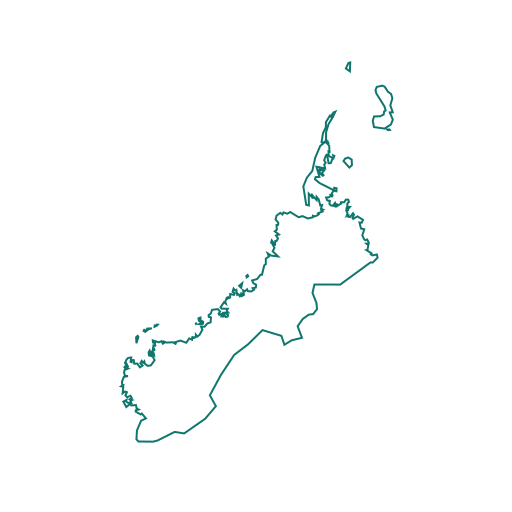 the district of Eastern Samar, Eastern Samar, Philippines, rotated 234°
{"feature_id": "2640588B94499067384006", "entity_name": "Eastern Samar", "entity_type": "district", "adm_level": 2, "iso_a3": "PHL", "parent_name": "Philippines", "parent_adm1": "Eastern Samar", "projection": "mercator", "projection_center": [125.55, 11.519], "detail": "fine", "context": "isolated", "style": "outline", "palette": "teal", "viewbox_px": 512, "rotation_deg": 234, "n_neighbors": 0, "source": "geoboundaries", "source_scale": "gbopen_adm2", "svg_char_len": 6096}
<svg xmlns="http://www.w3.org/2000/svg" viewBox="0 0 512 512"><g transform="rotate(234 256 256)"><path d="M201.9,68.1L200.8,67.2L195.6,69.6L195.7,71.0L189.3,71.5L190.3,66.2L184.8,57.1L177.9,51.5L175.0,51.9L166.3,63.6L164.6,67.9L161.5,86.8L154.7,93.6L154.2,119.2L158.1,135.3L170.4,136.8L180.4,157.7L188.8,180.2L189.2,197.5L192.2,217.7L176.5,229.6L167.5,226.8L166.8,235.4L162.8,245.1L174.7,248.4L177.6,256.9L177.5,264.3L175.4,268.0L177.2,274.2L182.5,277.3L192.9,280.0L198.6,286.5L183.4,307.3L183.5,344.8L182.1,346.6L183.2,353.4L186.1,354.7L188.3,350.3L190.0,349.9L190.3,351.0L195.9,348.8L195.5,349.9L198.8,353.3L201.1,352.6L199.9,354.6L200.8,355.2L204.1,355.6L204.4,353.9L205.7,353.3L210.2,354.1L214.0,359.3L216.5,357.1L222.3,359.4L220.8,361.1L222.3,363.8L228.4,361.4L228.9,356.5L230.1,356.4L231.9,359.6L233.6,359.6L232.2,355.0L233.3,353.8L234.6,354.8L234.9,354.4L235.1,352.9L236.7,355.1L239.7,355.8L238.9,357.4L239.8,358.0L242.0,356.7L240.0,358.8L240.5,360.8L242.3,358.7L244.9,361.0L245.0,362.9L247.3,363.8L248.8,361.9L247.7,359.0L249.5,356.3L248.4,355.8L248.8,350.8L249.3,351.2L249.3,349.4L250.5,348.6L250.0,352.5L250.9,350.8L252.5,351.2L251.5,347.7L252.9,346.3L255.1,346.1L257.9,348.7L257.4,347.6L259.4,346.3L262.1,347.1L260.6,349.5L260.9,351.6L258.8,352.8L261.4,352.5L260.7,353.7L261.9,353.8L263.5,357.6L277.6,350.3L283.4,348.8L284.8,350.6L282.7,353.8L292.7,357.4L286.2,363.4L289.8,364.9L290.5,367.1L293.4,367.4L296.3,371.8L295.5,374.5L298.1,376.2L297.2,376.8L302.2,380.0L305.6,379.7L305.7,380.9L303.8,380.7L306.3,381.2L305.7,380.2L307.6,378.7L307.3,372.6L300.7,361.7L291.7,351.5L289.5,343.3L284.5,335.2L267.9,326.7L265.8,328.5L275.4,335.3L271.9,335.7L272.7,336.1L272.9,337.3L269.7,337.4L270.8,336.7L269.9,336.0L268.5,337.6L265.7,337.9L268.2,339.8L264.9,340.0L259.1,337.7L258.4,339.4L256.1,336.4L254.1,337.5L254.5,335.8L252.9,336.0L254.1,331.3L252.9,331.4L252.8,329.7L253.5,326.8L255.1,325.7L253.9,324.7L255.9,320.0L260.9,317.1L262.3,313.3L271.5,309.5L271.8,306.2L275.1,303.9L274.0,301.8L276.6,301.0L276.6,296.4L274.1,293.3L269.9,293.6L268.2,292.2L269.0,290.8L265.1,288.4L264.9,285.7L259.9,287.2L260.8,284.2L257.4,284.2L256.1,281.7L256.8,280.4L253.9,278.0L255.2,276.2L251.7,275.7L250.1,272.3L242.7,273.6L247.4,268.5L251.3,267.0L248.0,266.2L248.1,262.4L243.6,259.1L243.6,257.2L237.3,249.8L238.2,248.6L236.7,243.3L238.5,238.5L235.5,237.9L232.7,239.2L230.6,237.3L231.9,234.4L229.9,234.6L230.1,231.3L232.3,228.8L234.3,229.2L234.0,226.4L235.8,225.4L232.7,224.0L233.8,222.6L231.7,222.9L232.0,220.8L233.9,221.3L233.0,219.3L235.3,219.4L235.6,218.0L240.2,220.2L240.5,218.8L242.8,218.7L240.8,216.0L238.3,217.0L237.5,215.3L240.4,212.8L237.6,210.6L238.2,208.1L239.2,208.9L239.4,207.9L237.1,204.2L235.2,203.6L237.4,202.9L235.3,197.1L233.6,197.2L229.9,202.2L229.1,200.4L227.6,199.7L226.8,200.4L226.6,200.4L228.5,197.4L224.8,198.8L223.7,197.7L224.4,195.7L227.1,195.7L226.1,194.2L227.4,192.5L229.2,195.2L229.9,191.7L231.3,191.9L232.2,194.3L235.5,193.9L238.3,188.8L236.0,185.5L236.1,183.0L234.5,182.0L233.0,183.5L232.8,183.5L229.0,180.3L230.0,176.8L229.0,172.8L231.0,170.0L227.9,169.3L225.4,164.0L225.3,161.2L227.6,161.1L226.3,160.2L226.3,159.4L225.8,159.2L226.3,157.3L227.2,157.4L227.6,157.2L227.8,156.7L225.9,155.0L228.6,153.5L226.8,148.6L232.0,145.1L234.0,139.3L231.4,139.6L235.1,138.0L238.6,132.7L241.3,131.0L241.6,129.7L239.7,130.5L239.8,129.1L242.6,129.5L243.3,126.6L248.4,122.9L246.6,121.8L244.9,123.1L243.3,121.7L242.0,122.3L244.0,120.5L241.3,117.9L240.9,119.1L239.6,118.5L239.9,115.5L237.5,116.1L235.8,115.3L237.6,114.9L237.2,113.9L237.6,113.7L239.2,114.4L239.0,113.4L242.0,114.4L241.2,112.5L238.5,111.0L235.3,113.4L231.3,112.7L229.3,106.6L230.8,103.8L234.3,102.7L236.4,103.7L236.0,101.9L238.3,101.9L237.2,99.4L234.0,99.8L234.2,96.6L238.7,96.8L240.4,94.2L243.7,95.9L244.8,94.0L243.2,93.0L244.1,92.3L247.2,95.4L248.7,92.7L248.3,90.3L246.5,87.2L243.9,86.9L243.4,84.2L241.8,84.2L242.9,85.5L242.0,86.2L243.8,87.7L241.9,87.4L241.4,85.4L240.2,86.3L241.0,82.7L239.4,80.8L236.3,79.6L234.1,81.8L235.9,78.0L233.1,73.7L230.5,72.1L230.2,72.1L230.1,72.6L229.7,72.8L229.8,70.3L228.1,71.7L223.3,67.4L223.3,70.5L221.7,71.5L220.0,68.4L217.5,68.7L216.7,72.3L214.0,72.0L214.3,69.8L212.3,71.1L212.6,69.3L210.3,68.7L212.8,66.0L214.8,65.4L215.7,66.5L216.2,63.1L210.0,62.3L210.4,66.6L208.4,67.3L206.0,71.2L202.8,69.9L200.8,70.8L201.9,68.1ZM291.9,451.1L298.9,453.2L303.5,459.1L307.7,460.5L311.3,459.3L317.4,459.6L319.6,458.3L321.8,453.1L320.0,450.2L316.7,448.9L301.2,447.8L297.5,446.4L297.6,444.6L295.4,442.4L296.1,438.5L299.5,433.5L296.8,430.0L291.0,427.2L283.5,434.9L283.1,442.4L285.8,446.8L293.5,448.6L291.9,451.1ZM309.5,375.9L308.1,376.7L308.1,380.4L314.8,385.3L320.0,392.1L322.9,399.0L324.5,398.5L325.5,399.0L326.2,398.5L323.2,391.2L319.2,388.3L316.0,382.4L309.5,375.9ZM281.4,382.6L272.7,383.5L273.1,387.0L277.8,390.1L281.5,388.5L282.4,385.5L281.4,382.6ZM288.4,369.2L287.2,371.1L290.2,375.7L295.8,372.9L288.4,369.2ZM357.8,444.3L354.9,438.9L350.2,440.5L357.2,446.0L357.8,444.3ZM287.4,356.3L284.0,356.7L285.2,361.5L287.1,360.4L287.1,358.7L289.4,359.2L287.4,356.3ZM237.1,171.7L235.1,173.1L232.9,172.4L232.4,173.4L233.9,174.6L236.5,173.3L238.9,174.9L239.4,172.8L237.1,171.7ZM259.7,120.9L259.9,126.1L258.7,129.2L261.2,125.4L259.7,120.9ZM262.9,357.5L261.1,359.1L263.4,361.0L265.2,359.4L262.9,357.5ZM260.7,111.2L255.7,108.0L259.7,113.3L261.0,113.3L260.7,111.2ZM241.8,224.8L239.0,225.3L242.1,228.8L241.8,224.8ZM325.4,400.6L324.1,401.2L326.1,405.0L326.6,403.1L325.4,400.6ZM257.9,276.1L256.2,277.9L259.3,277.9L257.9,276.1ZM244.2,235.9L244.2,237.8L245.6,238.0L245.5,236.4L244.2,235.9ZM324.5,398.7L323.1,399.1L323.3,400.0L325.4,400.1L324.5,398.7ZM292.0,377.6L290.1,377.0L290.9,378.2L292.0,377.6ZM283.7,356.7L281.7,357.2L281.6,358.0L282.5,358.2L283.7,356.7ZM261.9,121.7L260.9,120.3L262.1,123.0L261.9,121.7ZM234.5,171.6L234.3,170.0L233.1,171.3L234.5,171.6ZM258.2,136.1L259.0,135.1L258.3,133.9L257.9,134.7L258.2,136.1ZM237.5,168.0L236.3,167.5L236.2,168.0L237.5,168.0ZM281.2,436.5L280.2,436.8L279.3,438.4L279.9,438.4L281.2,436.5ZM258.2,133.3L259.1,133.0L258.4,132.3L258.2,133.3Z" fill="none" stroke="#0f766e" stroke-width="2"/></g></svg>